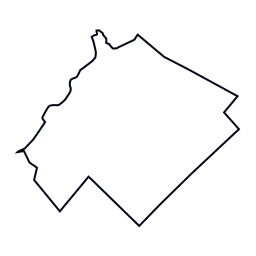 the district of Ste. Genevieve, Missouri, United States of America, rotated 269°
{"feature_id": "52423323B83513729343256", "entity_name": "Ste. Genevieve", "entity_type": "district", "adm_level": 2, "iso_a3": "USA", "parent_name": "United States of America", "parent_adm1": "Missouri", "projection": "equal_earth", "projection_center": [-90.094, 37.899], "detail": "fine", "context": "isolated", "style": "outline", "palette": "ink", "viewbox_px": 256, "rotation_deg": 269, "n_neighbors": 0, "source": "geoboundaries", "source_scale": "gbopen_adm2", "svg_char_len": 1027}
<svg xmlns="http://www.w3.org/2000/svg" viewBox="0 0 256 256"><g transform="rotate(269 128 128)"><path d="M105.8,17.1L106.8,23.5L95.2,28.9L89.9,36.3L77.7,33.2L45.9,58.4L80.0,87.7L78.0,89.8L29.9,137.5L50.7,158.4L81.6,191.0L124.9,238.9L141.9,224.3L157.9,238.1L185.8,188.9L198.5,165.3L221.2,139.3L216.6,136.2L215.9,135.4L208.9,119.9L208.2,118.7L207.9,118.0L207.7,114.3L210.1,112.1L212.3,110.6L213.3,107.8L217.8,107.8L221.3,104.9L223.3,104.3L225.9,101.1L226.1,100.3L226.0,98.2L222.8,98.6L222.0,98.4L221.6,97.7L221.3,95.8L219.7,93.3L215.0,95.0L206.2,96.9L203.5,97.2L199.5,96.7L198.4,96.0L195.4,93.3L186.6,81.2L181.6,78.8L180.5,78.0L179.6,77.1L179.1,76.0L178.8,74.8L178.1,73.1L177.5,71.9L176.7,71.4L174.6,70.7L171.9,70.6L168.8,71.4L166.1,71.2L164.1,70.2L157.9,66.0L155.4,63.5L152.2,59.2L152.0,57.6L152.2,54.4L152.1,52.3L151.5,50.0L150.5,48.7L145.4,45.5L140.3,42.7L139.2,42.6L138.5,42.9L135.3,45.2L123.3,36.8L122.5,36.2L118.3,33.2L109.3,24.4L106.7,18.4L105.9,17.2L105.8,17.1Z" fill="none" stroke="#020617" stroke-width="2"/></g></svg>